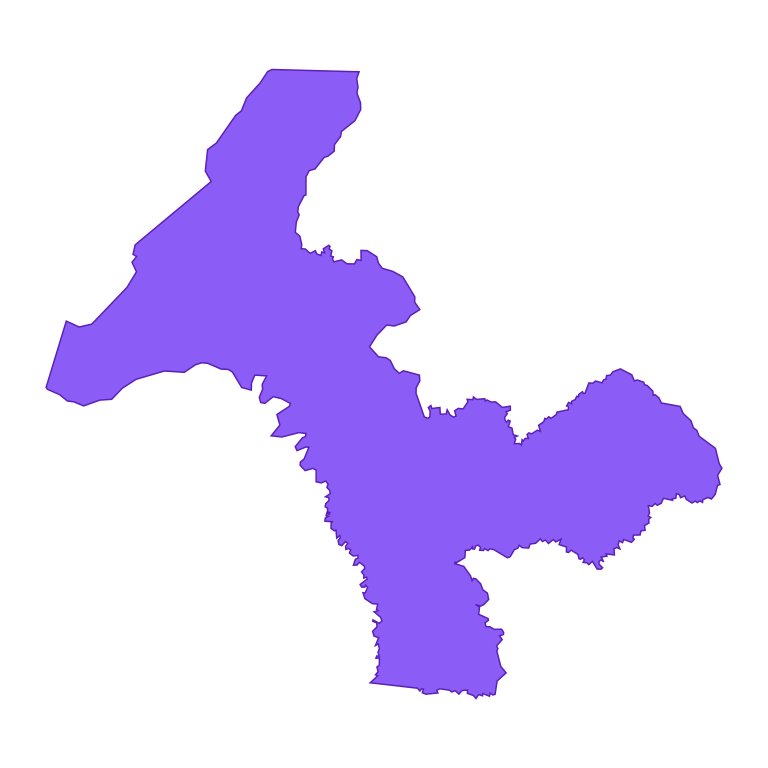 Tambacounda, Tambacounda, Senegal (orthographic projection)
{"feature_id": "50182788B74600736318601", "entity_name": "Tambacounda", "entity_type": "district", "adm_level": 2, "iso_a3": "SEN", "parent_name": "Senegal", "parent_adm1": "Tambacounda", "projection": "orthographic", "projection_center": [-13.284, 13.521], "detail": "fine", "context": "isolated", "style": "filled", "palette": "violet", "viewbox_px": 768, "rotation_deg": 0, "n_neighbors": 0, "source": "geoboundaries", "source_scale": "gbopen_adm2", "svg_char_len": 6113}
<svg xmlns="http://www.w3.org/2000/svg" viewBox="0 0 768 768"><path d="M359.1,71.8L272.0,69.5L267.6,71.6L260.1,83.0L246.6,97.9L241.4,110.8L235.8,115.2L216.4,143.0L207.6,149.6L205.3,171.1L211.2,181.5L135.2,244.8L133.0,254.3L136.6,256.6L132.0,262.2L136.5,271.8L126.9,287.5L91.8,324.1L79.2,327.0L66.3,321.1L46.1,387.4L47.6,389.4L59.6,394.6L67.4,401.0L73.7,401.8L83.7,405.9L99.9,400.1L111.7,399.3L122.2,388.3L136.1,379.3L164.4,371.0L184.3,372.3L195.3,364.8L201.6,362.8L207.4,363.2L221.2,369.1L228.2,369.4L232.4,372.0L241.7,387.5L251.3,390.1L251.5,383.0L254.8,375.1L266.6,375.9L262.2,384.4L262.6,389.3L259.3,397.3L260.7,402.5L264.9,403.3L273.2,396.7L281.3,398.6L290.5,403.5L289.1,406.5L276.9,414.5L279.9,425.1L271.2,435.8L281.9,437.0L298.9,432.6L305.9,433.5L305.5,436.6L302.5,437.7L295.2,446.7L297.0,450.6L306.0,447.0L308.9,447.3L304.1,458.9L300.3,462.2L300.2,465.3L305.1,470.6L312.9,468.4L316.2,470.1L316.1,481.8L321.2,482.9L325.7,481.0L328.0,484.1L326.9,487.5L329.7,490.4L330.3,493.6L325.5,496.8L328.8,497.6L329.0,500.5L325.7,503.7L325.2,506.8L327.5,508.2L327.5,511.7L330.0,512.9L329.0,514.3L326.9,512.7L326.1,515.7L328.4,516.3L325.3,518.0L324.9,521.2L332.9,521.8L331.2,522.5L331.0,528.4L334.4,530.8L336.0,530.2L336.7,538.1L339.7,535.6L340.4,537.7L338.1,540.5L338.8,544.4L341.8,545.7L345.5,541.5L347.8,543.3L345.6,546.4L345.9,549.5L348.7,548.5L350.7,549.8L349.4,553.0L353.2,556.0L358.0,555.4L358.0,558.1L355.4,559.2L353.4,565.2L357.1,565.0L359.5,562.3L364.5,566.3L364.7,568.5L361.5,571.9L363.9,575.0L363.8,578.1L366.6,577.1L367.4,578.9L360.1,584.5L361.7,587.1L364.9,587.1L365.6,585.1L367.6,587.3L365.2,592.9L363.0,592.7L364.9,598.7L372.5,603.7L377.7,604.1L376.5,609.4L378.2,610.7L374.1,611.8L380.5,617.2L382.0,620.7L379.3,623.3L373.0,619.9L372.8,621.3L376.7,622.9L377.0,626.9L372.6,631.3L374.0,636.1L378.6,637.6L375.5,645.5L378.2,643.9L379.4,648.7L378.0,652.3L379.2,656.4L376.8,655.9L375.9,658.2L379.4,658.2L379.3,665.2L376.9,667.1L378.1,671.6L375.5,674.8L377.7,675.8L370.2,682.8L417.5,688.2L419.9,691.0L421.7,688.8L423.5,689.1L422.3,692.8L426.1,694.2L437.9,692.9L436.7,690.3L440.0,688.8L449.5,690.2L451.7,692.0L455.2,690.7L458.9,694.1L462.0,690.6L467.4,690.0L467.4,693.4L473.4,695.5L476.0,698.5L478.6,694.6L482.5,695.8L482.8,693.5L489.5,696.2L490.1,693.1L492.9,695.0L495.1,694.3L497.1,681.0L506.1,672.9L500.8,666.4L496.8,650.9L497.9,648.5L496.6,645.9L502.2,639.6L499.5,635.9L503.5,634.5L503.6,632.4L501.6,629.2L494.0,629.3L490.0,626.8L486.1,626.7L485.0,622.9L488.4,620.4L488.1,618.6L478.7,614.3L479.5,607.1L475.5,604.5L480.7,606.1L483.9,604.5L488.7,599.4L487.4,593.1L482.8,589.7L480.7,583.8L475.9,578.9L473.4,578.3L472.1,580.7L470.5,575.8L463.8,566.4L454.8,563.6L455.0,562.2L456.7,562.6L464.9,557.6L465.3,550.4L469.5,550.1L472.4,546.9L472.5,548.9L474.5,549.1L475.8,545.9L478.2,545.1L480.6,547.6L479.6,550.2L483.5,550.5L484.6,548.6L488.0,550.6L490.0,548.8L493.6,549.5L507.5,557.8L510.2,556.7L514.3,549.7L517.8,548.2L519.3,545.2L522.0,547.6L528.7,548.1L530.1,544.0L535.6,543.3L540.4,538.9L542.4,541.5L545.5,540.1L548.5,543.5L553.1,539.6L555.9,541.9L561.0,539.1L559.1,544.6L566.5,547.0L566.4,551.9L568.5,552.5L571.1,550.1L578.0,554.5L578.9,558.6L580.5,559.4L582.5,557.7L584.4,559.8L583.1,562.4L587.0,562.8L588.8,564.7L592.4,561.3L597.2,569.1L601.2,569.1L602.6,567.7L598.9,564.0L599.2,561.3L601.3,560.0L603.7,561.9L601.2,557.1L607.0,556.1L606.1,553.8L614.4,555.0L614.0,548.7L616.9,547.6L619.9,548.9L618.1,544.8L619.3,540.9L622.5,542.6L623.8,539.5L631.5,542.3L634.3,539.3L632.9,538.0L633.5,535.1L640.1,535.0L641.0,530.8L645.1,530.3L644.5,525.7L649.0,522.9L648.7,519.2L650.7,517.4L648.1,516.1L649.5,512.9L648.3,505.6L652.1,506.4L655.2,503.5L657.2,505.3L661.2,503.3L663.5,498.3L672.5,500.3L672.1,499.0L675.8,498.2L676.5,493.7L679.4,494.6L680.5,497.7L684.8,496.0L686.3,499.3L691.9,503.0L695.5,501.1L697.3,502.6L700.0,500.9L702.5,502.4L702.9,499.7L707.8,497.5L711.5,499.0L715.2,494.4L717.5,485.4L720.0,484.5L717.6,475.3L721.9,468.3L719.2,463.6L715.4,448.3L699.2,436.3L696.7,430.2L693.5,428.0L690.9,420.7L683.2,413.5L680.1,406.4L661.4,403.0L659.0,398.0L655.1,394.7L653.2,395.3L652.8,391.1L647.2,385.5L644.5,384.7L643.7,382.2L637.3,380.0L634.3,380.8L631.8,374.8L620.4,368.9L613.0,371.7L610.4,375.1L606.6,375.6L605.9,379.2L603.6,379.8L602.1,382.8L595.6,381.0L592.7,383.2L588.9,382.9L585.0,393.2L583.4,393.5L582.5,391.7L578.7,394.5L578.5,396.9L576.7,396.3L575.2,399.6L571.5,401.4L571.6,403.8L568.7,402.4L566.6,405.9L568.4,406.5L568.3,409.7L557.0,412.1L556.3,414.5L551.1,418.4L548.7,416.7L546.5,419.0L544.8,418.4L543.8,421.7L538.6,425.3L540.4,431.3L537.3,430.2L531.7,433.8L528.8,432.9L527.0,434.5L528.4,438.5L525.3,438.3L523.3,440.9L522.1,439.7L521.4,445.0L519.6,443.5L514.3,443.7L515.7,439.3L514.3,437.3L517.3,436.0L513.2,434.7L512.0,428.1L508.3,426.7L510.2,421.1L508.3,420.1L506.7,422.3L505.2,420.5L504.6,417.5L507.3,413.7L506.1,411.9L510.4,410.2L510.3,406.2L502.4,407.4L495.5,401.8L491.2,402.1L487.0,400.0L485.3,401.0L484.8,398.7L476.7,399.4L473.4,397.0L472.9,399.7L467.1,399.3L467.9,401.8L463.1,408.9L458.2,408.4L454.6,410.9L456.1,416.0L453.5,417.1L450.1,415.0L447.2,409.8L446.1,414.0L440.3,414.2L439.9,407.5L431.8,408.5L430.9,405.5L428.3,407.6L430.1,410.9L429.9,416.9L427.9,418.3L424.3,416.9L416.0,393.2L416.2,387.8L419.8,380.8L419.4,375.1L403.5,370.8L399.3,373.3L394.3,368.7L390.3,360.5L386.2,357.8L378.5,356.8L369.5,346.8L376.9,335.2L386.7,325.0L394.2,326.0L406.1,321.9L410.4,315.5L419.8,309.6L414.7,302.2L414.8,296.8L402.8,276.9L392.8,271.4L382.3,268.3L378.4,263.1L376.7,256.7L367.1,250.6L361.0,250.4L361.1,260.4L356.9,259.5L354.4,263.9L346.9,263.8L341.7,259.9L333.8,261.8L332.5,259.1L333.3,256.7L330.7,256.1L331.9,250.8L329.2,249.2L330.0,246.4L328.8,245.3L323.3,248.8L324.6,252.6L321.7,252.0L321.0,255.4L317.0,254.1L315.3,250.7L310.1,253.3L305.3,249.0L301.2,248.7L301.8,244.6L299.8,236.1L295.3,232.4L296.3,222.1L299.2,214.8L297.8,212.1L298.3,206.7L304.0,195.7L305.9,195.0L306.0,176.8L309.3,170.5L315.0,169.0L324.2,157.3L327.8,156.3L334.2,151.2L334.5,144.6L340.6,136.5L341.4,131.5L355.0,120.6L360.7,109.5L360.5,102.8L356.9,92.9L358.0,87.1L356.7,78.7L359.1,71.8Z" fill="#8b5cf6" stroke="#5b21b6" stroke-width="1.5"/></svg>